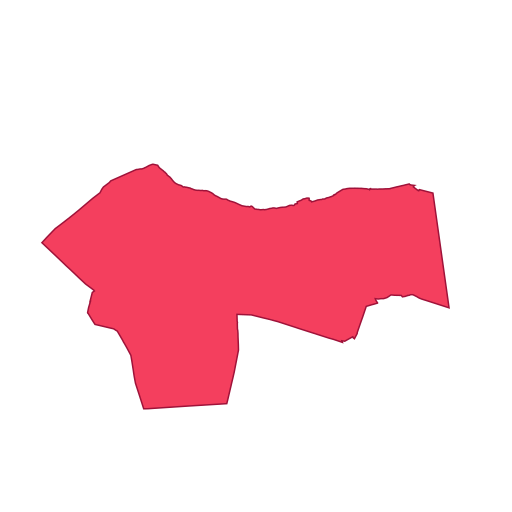 the district of Ermelo, Gelderland, Netherlands, rotated 154°
{"feature_id": "6326949B64614407924270", "entity_name": "Ermelo", "entity_type": "district", "adm_level": 2, "iso_a3": "NLD", "parent_name": "Netherlands", "parent_adm1": "Gelderland", "projection": "albers", "projection_center": [5.638, 52.286], "detail": "fine", "context": "isolated", "style": "filled", "palette": "rose", "viewbox_px": 512, "rotation_deg": 154, "n_neighbors": 0, "source": "geoboundaries", "source_scale": "gbopen_adm2", "svg_char_len": 5869}
<svg xmlns="http://www.w3.org/2000/svg" viewBox="0 0 512 512"><g transform="rotate(154 256 256)"><path d="M69.4,235.0L74.1,239.0L80.0,244.0L81.1,243.3L81.5,243.7L81.3,243.9L81.5,244.2L81.7,244.4L82.2,244.8L82.3,245.0L82.6,245.8L83.4,247.3L83.6,247.6L83.7,248.1L84.0,248.6L84.2,248.9L84.3,249.2L84.2,249.3L83.7,249.6L83.1,249.8L82.8,250.0L82.7,250.0L83.6,250.6L85.2,251.6L85.5,251.8L85.6,252.0L86.0,252.3L86.5,252.8L86.6,253.4L86.6,253.5L86.8,253.6L89.5,254.2L90.8,254.5L92.4,254.8L93.9,255.2L97.5,256.0L99.5,256.5L101.5,256.9L105.6,257.8L105.9,257.7L106.8,258.1L107.8,258.5L108.4,258.8L109.2,259.1L109.9,259.5L110.7,259.8L111.9,260.3L113.5,261.0L113.8,261.2L114.1,261.3L114.7,261.6L114.9,261.7L115.5,262.0L116.2,262.3L117.8,262.9L118.3,263.3L123.3,265.7L123.4,265.8L123.4,266.3L123.6,266.3L124.1,266.1L124.3,266.0L124.5,266.3L124.9,265.9L125.1,266.3L125.7,266.7L126.2,267.1L126.3,267.1L126.6,267.5L126.8,267.7L127.3,268.0L127.8,268.4L128.2,268.5L130.0,269.6L130.5,269.9L131.0,270.2L131.2,270.3L131.4,270.5L131.7,270.6L133.4,271.5L135.0,272.3L137.3,273.5L142.4,275.9L144.7,276.7L145.5,276.9L146.3,277.0L148.3,277.7L148.7,277.8L149.0,277.8L152.6,277.5L155.6,277.2L156.3,277.0L157.6,276.5L158.0,276.8L157.9,276.8L159.6,276.4L160.0,276.3L162.6,276.4L163.3,276.6L164.2,276.6L165.5,276.8L166.7,277.2L167.3,277.2L167.9,277.2L168.4,277.3L168.9,277.1L169.1,277.1L169.7,277.3L170.0,277.4L170.7,277.8L171.1,278.0L171.4,278.0L171.9,278.0L172.3,278.0L173.3,278.5L174.7,278.9L176.3,279.4L176.8,279.4L179.5,279.7L180.5,279.9L182.3,280.3L182.3,281.1L183.3,282.3L183.5,282.4L183.7,282.5L183.8,282.6L183.8,282.8L183.6,283.2L183.4,283.6L183.0,284.4L183.0,284.6L183.0,284.8L183.4,285.0L183.9,285.2L184.0,285.3L185.0,285.8L187.1,286.1L187.3,286.1L187.8,286.4L188.4,286.5L188.9,286.6L190.8,286.3L193.2,286.5L195.3,286.6L195.8,285.0L198.0,285.6L198.1,285.4L198.4,285.4L198.5,285.3L199.0,285.1L199.7,284.8L200.2,285.0L200.9,285.4L201.3,285.8L201.6,286.0L202.0,286.2L202.7,286.4L203.4,286.7L203.9,286.8L206.8,286.9L207.8,287.0L208.1,287.1L209.2,287.5L211.0,288.3L212.6,288.9L215.1,289.5L216.2,289.7L216.7,289.8L216.9,289.9L218.0,290.8L218.6,291.2L219.1,291.5L219.8,291.8L220.9,292.0L222.7,292.6L223.0,292.7L224.1,292.8L225.0,293.0L226.1,293.2L226.9,293.5L227.7,293.7L228.0,293.8L228.6,294.3L229.0,294.5L229.7,294.8L231.6,295.5L232.3,296.0L233.7,297.0L234.4,297.3L234.8,297.5L235.1,297.9L235.3,298.0L235.6,298.1L236.0,298.4L236.2,298.6L236.5,298.8L236.6,299.0L236.7,299.4L237.7,302.1L237.9,302.4L238.2,302.7L238.5,303.0L239.2,303.0L239.8,302.9L240.2,302.9L240.3,303.0L240.5,303.1L240.9,303.6L241.6,304.1L241.9,304.2L242.4,304.4L243.0,304.7L246.7,307.4L246.9,307.7L248.0,309.0L248.6,309.7L250.6,312.2L251.7,313.5L253.7,315.4L255.2,316.7L256.0,317.7L256.9,318.7L257.0,318.9L257.3,319.5L257.5,319.8L257.9,320.2L259.6,321.0L260.0,321.2L261.2,322.0L262.1,322.8L262.5,323.2L262.8,323.7L264.0,325.4L264.7,326.4L264.8,326.5L265.0,326.8L265.3,327.2L265.8,327.7L266.0,327.9L266.5,328.8L266.7,329.0L266.8,329.3L267.0,329.8L267.4,330.8L267.6,331.2L268.1,332.0L268.5,332.6L269.3,333.6L269.9,334.4L270.2,334.8L270.6,335.2L271.0,335.6L271.8,336.3L272.3,336.6L274.4,337.6L274.8,337.9L275.3,338.4L277.0,339.1L277.8,339.6L278.7,340.2L279.5,340.5L280.1,340.9L280.3,341.0L281.2,341.5L282.2,342.4L282.8,342.9L283.8,344.1L284.9,345.1L285.1,345.6L285.3,345.8L285.9,346.3L288.5,348.4L289.2,348.7L289.5,349.1L289.7,349.3L289.9,349.4L291.0,349.8L291.2,350.0L292.1,351.8L292.3,352.1L293.7,353.4L294.3,353.8L296.1,356.1L296.5,356.7L296.9,357.6L297.1,358.0L297.5,359.3L297.9,360.8L298.2,362.5L298.9,364.9L299.4,365.7L299.7,366.4L299.9,366.8L300.3,367.3L300.3,367.9L300.3,368.2L300.4,369.0L300.5,369.5L300.9,370.3L301.0,370.6L301.1,371.2L301.2,371.5L301.6,371.9L301.7,372.1L301.8,372.6L301.9,373.0L302.5,374.2L303.8,376.9L304.1,377.5L304.3,378.5L304.5,379.3L304.5,380.2L304.5,380.4L304.6,380.7L304.9,380.9L308.3,383.6L308.5,383.7L309.4,383.9L312.4,384.2L314.2,384.1L316.2,384.0L317.2,384.1L318.3,384.0L318.7,384.1L319.7,384.2L320.7,384.4L321.7,384.9L322.6,385.2L323.9,385.5L325.7,386.2L353.6,387.2L355.7,386.3L362.9,384.9L365.3,383.6L367.6,381.9L368.5,381.2L370.1,380.9L374.0,380.1L377.5,379.4L395.5,374.8L404.6,372.7L410.6,371.4L420.9,369.3L422.9,368.9L424.2,368.7L424.5,368.6L425.8,368.1L428.1,367.3L436.0,364.4L442.6,361.8L434.7,340.8L430.8,330.2L429.3,326.4L424.6,313.8L421.5,305.6L416.7,296.3L416.8,295.6L416.7,295.4L419.1,295.0L425.1,287.9L424.7,287.8L429.1,283.0L430.7,280.9L432.1,279.0L432.2,278.9L432.2,278.5L432.2,278.3L432.2,278.1L432.0,277.8L431.4,271.2L431.0,267.6L430.7,265.1L419.1,255.6L416.4,253.4L415.8,252.9L415.7,252.7L414.6,250.8L413.6,249.3L412.8,238.7L412.8,236.9L412.6,234.8L412.3,229.8L412.0,221.6L413.6,216.1L416.5,206.7L417.0,205.2L418.3,201.0L420.1,194.5L421.9,181.7L423.9,167.9L420.3,166.2L414.6,163.9L382.3,150.7L347.0,136.1L344.9,138.6L335.1,150.6L333.9,152.1L330.2,156.6L326.4,161.3L313.0,179.1L310.7,184.1L307.7,191.0L306.1,194.4L305.0,197.2L304.8,198.0L304.7,198.5L302.4,203.5L301.8,204.4L301.5,205.7L298.7,211.9L286.0,205.1L276.5,197.1L272.7,194.0L265.0,187.3L251.2,174.0L249.5,172.3L226.4,150.2L222.8,147.0L216.2,140.5L216.0,142.2L213.6,140.5L212.1,140.6L210.4,140.7L204.4,141.0L204.4,140.4L204.5,139.8L204.4,139.7L204.3,139.4L204.1,139.3L203.8,138.5L199.1,141.9L198.4,143.0L191.9,149.5L186.8,154.5L179.0,162.4L173.6,161.5L172.9,161.4L172.6,161.3L171.0,161.0L168.6,160.6L167.6,160.4L167.4,160.4L167.3,160.5L167.6,162.9L167.7,163.6L167.5,165.4L165.4,164.0L164.9,163.7L162.4,162.9L160.4,161.9L159.8,161.7L156.5,161.2L154.0,161.5L152.3,161.8L152.1,161.8L151.3,161.6L148.7,160.0L142.7,156.9L142.3,155.1L139.6,154.3L138.7,154.2L136.8,153.9L136.8,154.0L135.8,153.6L135.4,153.5L134.4,153.5L133.9,153.4L133.4,153.2L131.9,152.4L129.9,149.8L129.2,148.9L128.6,147.9L127.8,146.8L127.8,146.7L126.0,144.7L122.3,141.2L105.2,124.8L69.4,235.0Z" fill="#f43f5e" stroke="#9f1239" stroke-width="1.5"/></g></svg>